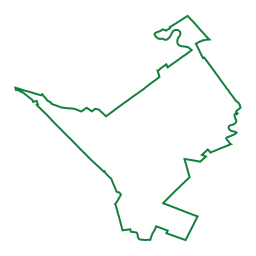 outline of Dumbraveni, Suceava, Romania
{"feature_id": "2599482B38989463246300", "entity_name": "Dumbraveni", "entity_type": "district", "adm_level": 2, "iso_a3": "ROU", "parent_name": "Romania", "parent_adm1": "Suceava", "projection": "robinson", "projection_center": [26.435, 47.672], "detail": "fine", "context": "isolated", "style": "outline", "palette": "green", "viewbox_px": 256, "rotation_deg": 0, "n_neighbors": 0, "source": "geoboundaries", "source_scale": "gbopen_adm2", "svg_char_len": 5772}
<svg xmlns="http://www.w3.org/2000/svg" viewBox="0 0 256 256"><path d="M187.6,15.9L183.0,18.9L177.4,22.4L176.6,23.0L169.9,27.1L170.1,27.5L170.3,27.7L170.2,27.9L169.3,28.5L167.8,29.5L166.3,30.5L166.0,30.5L165.7,30.5L165.3,30.2L165.2,30.1L164.3,29.9L163.3,29.6L162.5,29.4L162.3,29.6L161.3,30.4L160.3,31.0L159.0,31.5L156.7,32.3L155.4,32.9L154.7,33.7L154.5,34.3L155.2,35.9L157.4,38.2L159.3,38.8L160.4,38.9L161.4,38.7L162.3,38.7L163.3,39.1L165.0,39.8L166.3,39.7L167.7,39.1L168.9,38.0L170.4,36.1L171.9,33.0L173.0,31.2L174.1,30.4L175.5,30.0L177.1,29.9L178.2,30.2L179.0,30.7L179.7,31.4L180.3,32.6L180.4,33.6L180.2,34.8L179.5,36.1L177.6,39.1L177.3,41.1L177.4,42.7L177.8,43.9L179.2,45.4L181.4,46.2L184.4,46.5L187.6,47.0L188.9,47.8L190.4,49.0L191.7,50.1L190.6,51.0L187.3,53.4L184.7,55.3L182.4,56.7L178.9,59.4L175.4,61.9L169.3,66.1L167.6,67.4L167.3,67.0L166.9,66.0L166.6,64.8L166.3,64.3L160.5,68.5L158.9,70.2L158.4,70.4L157.9,70.4L157.5,70.5L159.5,76.8L158.2,78.0L150.7,83.5L146.1,87.0L143.6,89.1L134.5,95.5L130.9,98.0L129.3,99.3L120.0,105.9L106.1,116.3L98.7,109.5L95.1,108.8L91.9,111.4L91.4,111.0L90.5,110.5L89.9,110.1L89.6,109.7L87.7,108.5L86.7,107.8L86.4,107.9L81.3,111.5L80.9,111.4L80.4,111.1L79.7,110.9L79.2,110.7L78.1,110.3L77.6,110.0L76.5,109.5L75.5,109.2L74.7,109.0L72.4,108.5L71.9,108.5L71.0,108.3L70.8,108.4L70.5,108.5L70.1,108.5L69.0,108.4L65.3,107.9L63.7,107.8L62.0,107.6L61.2,107.4L60.5,107.2L57.8,106.1L52.9,104.4L52.1,104.0L51.3,103.6L51.1,103.3L51.0,103.1L51.0,102.8L51.0,102.5L50.8,102.4L50.5,102.3L50.1,102.2L49.8,102.1L49.6,102.0L49.2,101.4L48.9,101.2L48.2,101.0L47.9,100.9L47.3,100.5L46.9,99.9L46.6,99.6L46.0,98.6L44.6,97.1L44.0,96.7L43.1,95.3L42.4,94.2L42.0,94.4L41.6,94.7L41.4,94.9L41.1,95.3L28.2,91.5L25.1,90.7L21.4,89.6L20.7,89.2L17.4,88.3L15.4,87.7L15.7,89.0L16.0,90.1L17.3,89.9L21.4,91.9L21.3,91.5L23.8,93.2L28.5,96.9L32.4,100.0L33.0,101.8L36.6,100.9L37.2,102.6L37.9,104.4L36.8,105.0L37.9,106.0L38.0,106.5L38.6,106.8L41.4,109.6L47.1,115.1L50.1,118.3L53.3,121.8L56.6,125.1L69.2,137.8L70.2,138.7L70.6,139.0L75.7,144.3L80.1,148.9L85.1,153.8L89.0,157.8L89.4,158.3L102.4,170.3L103.6,171.6L104.6,171.2L104.8,171.7L105.1,172.4L105.7,173.3L106.5,174.1L107.1,174.9L111.0,178.5L111.3,178.9L111.5,179.2L112.0,180.7L113.0,183.2L113.8,185.0L114.2,186.0L114.6,186.7L114.8,187.1L115.0,187.7L115.1,187.9L115.6,189.1L116.3,190.8L116.4,191.4L116.6,191.7L116.8,191.9L117.0,192.0L117.6,192.1L118.8,192.3L119.0,192.4L119.4,192.7L120.9,194.4L120.5,195.6L119.4,197.3L117.8,200.3L117.1,201.4L116.4,202.5L115.8,203.3L115.5,203.8L115.4,203.9L115.2,204.0L115.4,204.2L116.1,206.7L116.4,207.4L116.7,208.6L118.0,213.7L118.5,215.2L119.3,217.8L119.4,218.5L120.0,220.7L120.2,221.2L121.0,224.6L121.2,225.2L121.3,225.6L122.1,228.7L122.4,229.9L122.5,230.3L130.3,229.3L130.9,231.7L136.4,232.5L136.8,232.9L137.2,233.4L137.6,234.5L137.7,235.4L137.7,236.5L138.3,237.9L138.6,238.7L139.6,239.3L140.2,239.6L141.0,239.7L143.2,239.8L144.2,239.9L145.3,240.0L146.9,239.9L149.4,239.8L150.1,239.9L150.3,239.9L151.6,235.8L152.0,234.7L152.1,234.2L152.5,233.6L153.9,231.2L155.0,229.2L155.4,228.5L155.5,228.1L156.1,226.3L158.1,227.0L165.2,229.7L167.7,230.6L166.4,233.2L173.0,235.6L176.7,236.9L185.6,240.1L191.8,227.9L197.6,216.4L196.8,216.1L195.8,215.8L195.2,215.6L193.2,214.8L192.1,214.5L190.9,213.9L190.6,213.7L189.5,213.4L187.1,212.5L184.6,211.5L183.9,211.2L181.2,210.2L179.1,209.4L178.1,209.0L177.8,208.8L177.0,208.5L175.8,208.0L175.3,207.9L171.9,206.6L170.9,206.2L169.3,205.6L167.0,204.6L166.6,204.5L165.8,204.3L164.9,203.9L163.1,203.3L163.1,203.2L167.3,198.9L169.0,197.2L173.9,192.3L177.2,189.1L178.4,188.0L179.4,187.1L180.1,186.3L182.4,184.1L184.9,181.7L185.8,180.8L189.2,177.6L189.6,177.2L188.5,173.2L187.7,170.4L187.5,169.6L185.7,163.2L184.8,160.4L184.5,159.0L184.8,159.0L190.4,159.9L198.3,161.3L200.2,161.7L205.9,156.6L203.9,155.6L201.9,154.9L206.1,151.1L207.8,149.5L208.0,149.7L208.4,150.2L209.0,150.8L209.3,151.0L209.7,151.7L210.3,152.6L217.2,149.8L218.4,149.2L230.9,144.2L230.4,143.9L230.2,143.7L229.7,143.3L229.2,142.5L228.6,141.6L228.1,141.0L227.2,140.0L226.9,139.6L226.6,139.1L226.3,138.5L226.2,138.3L226.2,138.1L226.4,137.9L226.7,137.6L227.3,137.3L227.9,137.0L229.3,136.6L232.5,135.2L233.2,134.9L233.4,134.8L234.6,134.3L235.0,134.0L235.7,133.3L236.3,133.1L236.5,133.0L236.6,132.5L234.8,131.7L231.7,131.1L229.9,130.0L228.9,128.7L228.6,127.4L228.8,126.3L230.1,125.4L232.3,124.8L233.9,124.2L235.0,123.5L236.1,122.0L236.4,121.0L236.2,120.0L235.4,118.9L235.4,118.1L234.5,116.3L234.6,114.4L235.6,113.5L236.7,114.3L237.6,113.4L236.5,112.5L236.1,111.8L237.2,110.2L239.5,108.7L240.6,107.4L240.5,107.2L240.3,106.9L239.9,106.0L239.9,105.7L239.8,105.1L239.8,104.8L239.8,104.7L239.7,104.6L239.6,104.4L239.3,104.0L239.0,103.6L238.1,102.5L237.8,102.1L237.5,101.8L235.9,100.9L234.8,99.2L234.0,98.2L233.8,97.9L233.3,97.3L233.3,97.2L233.1,96.9L232.8,96.5L232.7,96.4L232.5,96.1L231.9,95.3L229.7,92.5L228.4,90.4L228.0,89.8L227.7,89.6L227.5,89.3L227.1,88.9L226.7,88.5L226.6,88.4L225.9,87.2L225.8,86.9L225.3,86.4L225.0,86.1L224.6,85.6L223.8,84.4L220.5,79.9L218.9,77.6L218.5,77.0L217.9,76.1L217.6,75.6L216.9,74.8L215.7,73.3L214.0,70.8L212.7,69.1L212.5,68.7L211.0,66.7L210.0,65.4L209.3,64.4L208.8,63.8L208.6,63.6L208.1,62.8L206.0,59.9L204.9,58.5L204.6,58.2L204.3,57.6L203.5,58.0L203.3,58.1L203.0,58.1L202.7,57.7L202.5,57.2L201.5,55.3L201.5,55.2L200.8,53.8L200.0,52.1L197.9,47.7L196.8,45.6L196.4,44.8L195.8,43.8L196.1,43.6L196.3,43.5L196.6,43.4L196.8,43.3L197.8,42.6L198.2,42.4L199.8,41.6L201.0,41.3L201.4,41.1L202.6,40.3L202.8,40.3L203.1,40.2L203.8,40.3L204.0,40.3L205.1,40.0L206.0,39.7L206.4,39.6L206.8,39.5L207.2,39.6L207.9,39.7L208.6,39.6L209.4,39.5L208.6,38.8L206.0,36.1L203.9,33.7L202.7,32.4L199.8,29.3L196.2,25.1L193.8,22.4L189.2,17.6L188.4,16.8L187.6,15.9Z" fill="none" stroke="#15803d" stroke-width="2"/></svg>